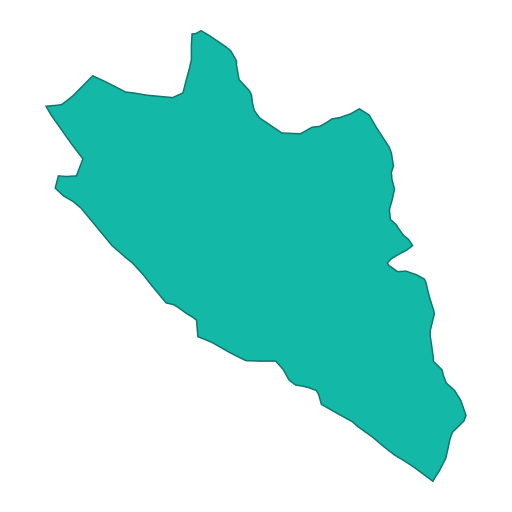 Pshdar, As-Sulaymaniyah, Iraq
{"feature_id": "34846034B40807866261239", "entity_name": "Pshdar", "entity_type": "district", "adm_level": 2, "iso_a3": "IRQ", "parent_name": "Iraq", "parent_adm1": "As-Sulaymaniyah", "projection": "robinson", "projection_center": [45.138, 36.265], "detail": "fine", "context": "isolated", "style": "filled", "palette": "teal", "viewbox_px": 512, "rotation_deg": 0, "n_neighbors": 0, "source": "geoboundaries", "source_scale": "gbopen_adm2", "svg_char_len": 1791}
<svg xmlns="http://www.w3.org/2000/svg" viewBox="0 0 512 512"><path d="M432.9,481.3L435.0,477.5L439.1,471.3L445.8,458.3L447.9,448.9L450.0,439.0L452.5,432.2L458.2,426.6L463.9,421.0L466.0,415.4L460.8,400.5L454.6,390.5L446.3,383.0L443.2,375.0L442.2,370.0L433.4,361.3L433.4,358.8L432.3,350.1L430.2,335.8L430.2,330.8L432.3,322.1L434.4,314.0L433.8,310.9L429.7,297.9L427.6,289.8L426.1,282.9L424.5,279.2L416.8,274.9L405.9,271.1L397.7,271.7L388.9,265.5L387.3,263.0L391.4,258.7L398.7,254.3L406.9,250.0L412.6,245.6L408.5,239.4L403.3,235.1L397.6,227.0L396.1,224.5L390.4,219.5L389.4,209.6L392.4,199.0L394.5,189.1L391.9,179.1L391.4,172.3L393.5,166.1L391.4,153.0L389.3,147.4L376.4,127.5L369.2,115.1L359.4,108.8L350.6,113.8L339.8,117.6L332.0,118.9L325.8,123.0L319.6,126.4L312.1,127.2L300.4,133.8L281.8,133.0L270.8,125.5L259.8,118.1L254.3,110.6L252.5,103.3L251.5,95.2L250.5,92.7L249.4,90.8L239.1,79.6L236.5,65.3L236.5,61.0L230.9,51.0L225.7,46.7L209.2,35.5L201.1,30.7L195.3,33.8L192.1,33.8L191.4,44.7L191.4,59.5L189.5,68.0L186.3,79.7L183.0,92.9L172.7,97.6L146.9,95.2L133.4,92.9L125.6,92.1L115.3,86.7L104.3,81.2L97.3,77.9L92.7,75.8L85.0,83.6L72.7,96.0L61.7,104.6L56.6,105.3L46.0,106.2L51.1,115.0L71.4,143.8L82.9,158.8L76.4,175.9L66.3,176.5L58.4,175.9L55.2,188.1L63.5,195.9L73.1,201.5L81.0,208.1L90.2,219.2L101.7,233.1L112.2,245.8L125.6,257.5L132.5,263.0L143.1,274.6L152.3,286.3L166.1,302.9L173.5,304.6L178.1,307.4L182.8,310.8L186.3,313.4L192.8,317.3L196.5,320.1L197.9,336.7L211.7,342.3L214.5,343.9L230.1,352.8L245.8,360.6L258.7,361.1L275.7,361.1L283.1,369.4L289.1,380.0L295.5,385.0L302.5,386.1L308.9,387.7L316.3,390.5L318.6,394.4L321.4,404.4L337.9,413.8L352.2,421.6L357.8,426.6L372.5,437.1L383.6,446.5L394.2,454.8L405.3,461.5L414.5,467.6L432.9,481.3Z" fill="#14b8a6" stroke="#0f766e" stroke-width="1.5"/></svg>